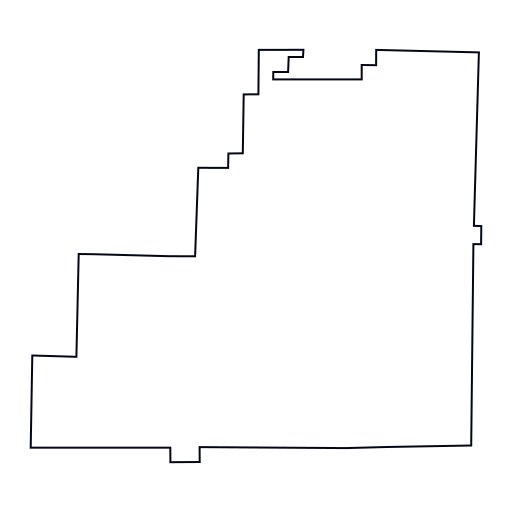 Clay, Alabama, United States of America (Albers equal-area conic projection)
{"feature_id": "52423323B11039676247957", "entity_name": "Clay", "entity_type": "district", "adm_level": 2, "iso_a3": "USA", "parent_name": "United States of America", "parent_adm1": "Alabama", "projection": "albers", "projection_center": [-85.88, 33.295], "detail": "fine", "context": "isolated", "style": "outline", "palette": "ink", "viewbox_px": 512, "rotation_deg": 0, "n_neighbors": 0, "source": "geoboundaries", "source_scale": "gbopen_adm2", "svg_char_len": 551}
<svg xmlns="http://www.w3.org/2000/svg" viewBox="0 0 512 512"><path d="M478.9,52.4L376.2,49.9L376.1,65.2L361.7,65.0L361.7,79.4L273.2,79.4L273.3,72.0L288.1,72.0L288.7,57.0L303.0,57.0L303.4,49.8L258.8,49.9L258.4,94.3L243.7,94.4L242.8,153.3L228.4,153.5L228.1,167.9L198.3,167.8L195.1,256.3L168.7,256.2L93.3,254.2L78.7,254.0L76.4,356.8L32.3,355.5L30.7,447.7L170.3,447.7L170.4,462.2L199.7,462.0L199.6,447.1L346.0,448.1L386.6,447.0L471.2,445.5L473.4,244.1L481.1,244.2L481.3,226.1L473.9,225.8L478.9,52.4Z" fill="none" stroke="#020617" stroke-width="2"/></svg>